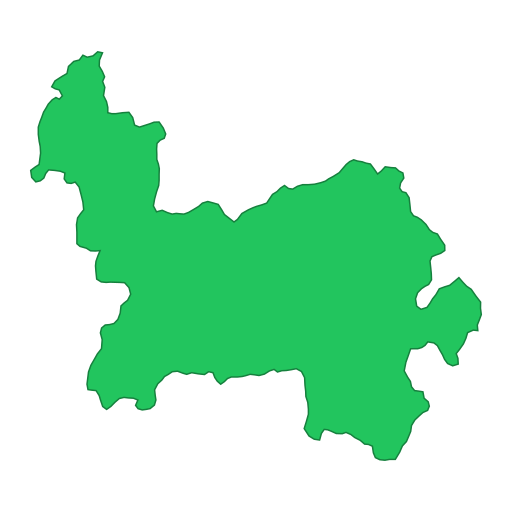 the district of Itanhomi, Minas Gerais, Brazil
{"feature_id": "56859067B79875314448705", "entity_name": "Itanhomi", "entity_type": "district", "adm_level": 2, "iso_a3": "BRA", "parent_name": "Brazil", "parent_adm1": "Minas Gerais", "projection": "equal_earth", "projection_center": [-41.828, -19.148], "detail": "fine", "context": "isolated", "style": "filled", "palette": "green", "viewbox_px": 512, "rotation_deg": 0, "n_neighbors": 0, "source": "geoboundaries", "source_scale": "gbopen_adm2", "svg_char_len": 4446}
<svg xmlns="http://www.w3.org/2000/svg" viewBox="0 0 512 512"><path d="M102.5,52.8L97.7,51.8L93.0,55.9L87.2,57.2L82.9,55.2L79.3,60.0L73.8,61.4L68.5,66.4L67.0,73.5L63.0,75.8L59.8,77.8L55.0,80.9L51.7,86.8L55.2,88.8L59.2,89.9L62.4,95.9L59.3,99.2L55.9,97.5L52.2,99.8L48.3,104.1L46.0,108.2L43.6,112.1L41.7,117.4L40.0,121.7L38.3,127.1L38.3,134.4L39.2,141.4L40.2,146.4L40.6,153.1L39.8,159.2L39.1,164.5L35.1,167.1L30.7,170.4L31.7,177.4L35.8,181.9L40.3,180.8L43.8,178.1L45.7,173.5L48.6,169.9L54.6,170.4L60.3,171.2L64.9,173.0L64.2,178.9L67.0,182.9L71.2,183.4L75.2,182.1L79.1,187.0L81.2,195.0L82.9,202.0L83.7,209.8L80.7,213.5L77.6,217.9L76.5,224.6L76.9,232.1L76.9,243.7L80.0,246.4L86.4,248.2L90.5,250.8L95.5,251.0L100.1,250.6L97.9,255.9L96.0,261.3L95.5,265.9L95.9,271.2L96.7,279.1L101.2,281.9L106.2,282.4L110.2,282.1L119.8,282.4L124.6,282.7L129.0,287.6L130.7,294.2L127.6,300.3L124.0,303.1L121.0,305.9L120.2,313.2L117.9,319.4L114.0,323.5L109.6,324.6L105.2,325.0L101.6,328.0L100.4,332.9L102.2,339.6L101.5,348.7L97.4,353.9L94.7,358.7L90.9,365.3L88.5,372.0L87.8,377.8L87.0,384.2L88.0,389.6L91.5,390.1L96.1,390.6L99.2,395.6L100.5,400.0L102.7,406.5L106.6,409.4L110.9,406.4L114.9,402.3L119.3,398.5L124.0,397.4L128.2,397.9L133.4,398.2L137.9,400.0L135.6,405.4L138.1,408.7L142.2,409.9L146.1,409.4L150.1,408.6L154.4,405.1L155.9,400.0L155.2,395.4L154.6,389.8L157.8,383.7L161.8,380.1L164.5,376.5L168.1,374.5L172.3,371.7L177.5,371.2L183.2,373.3L186.7,374.3L191.7,372.7L198.1,373.8L204.5,374.5L208.7,371.7L213.0,372.7L214.8,377.5L217.3,381.2L220.7,384.2L224.4,381.6L227.5,378.5L231.3,377.0L237.2,377.0L242.1,376.5L245.5,375.7L250.1,374.3L254.6,374.8L259.0,375.5L264.4,374.1L269.5,370.9L274.1,369.4L277.5,372.0L281.8,370.7L286.1,370.5L291.2,369.7L296.3,368.7L301.5,371.5L304.6,377.6L305.0,385.2L305.7,391.3L305.9,396.5L307.8,402.4L308.4,409.2L308.4,414.3L306.3,421.8L304.2,428.6L306.5,432.1L309.0,436.0L314.2,439.2L319.6,440.0L321.4,433.4L324.2,429.4L327.7,429.8L331.0,431.1L336.3,433.5L342.2,433.7L346.0,432.4L350.9,434.5L354.7,437.5L360.2,440.3L364.6,444.1L368.4,444.4L372.4,446.2L373.4,452.9L375.4,457.6L379.8,459.7L384.9,460.2L389.5,459.4L395.3,459.4L399.7,452.1L402.4,445.9L406.4,441.6L408.8,436.0L410.7,431.4L411.5,425.5L414.9,419.9L418.9,416.1L422.9,412.5L427.6,410.4L429.3,406.2L428.2,401.8L424.1,398.2L422.9,391.8L418.5,391.1L414.6,390.6L411.5,386.8L410.4,381.4L407.7,377.3L404.2,370.9L405.9,362.2L408.5,354.9L410.6,348.8L414.2,348.7L417.8,348.7L421.8,347.5L425.0,345.4L427.8,341.9L433.9,342.9L437.4,345.6L440.1,350.6L442.5,354.7L444.6,359.4L447.6,363.5L452.7,365.8L458.2,364.1L457.9,358.3L456.2,353.6L459.6,349.3L463.4,343.9L465.9,338.3L467.6,332.6L473.3,330.1L477.8,330.6L477.3,325.0L479.4,319.7L481.3,314.6L480.5,308.3L480.6,302.1L476.0,296.2L471.2,289.3L466.6,286.2L462.8,282.2L458.9,277.6L454.8,281.1L449.7,285.3L444.8,286.8L439.3,288.8L435.9,294.7L432.6,298.8L430.2,302.9L427.0,307.4L421.0,309.3L416.7,306.2L415.5,298.8L417.6,292.7L421.6,288.6L425.2,286.2L428.6,284.5L431.5,279.8L431.3,273.8L430.7,267.6L430.0,261.0L431.9,256.7L435.6,255.1L440.7,253.3L444.8,250.5L444.7,245.2L440.5,239.1L437.4,234.0L432.8,232.4L429.4,229.7L426.0,224.5L421.3,219.9L417.4,217.3L413.5,215.8L410.6,211.6L409.9,204.7L409.1,197.7L405.9,192.7L402.1,191.7L399.6,188.1L400.6,182.9L403.8,178.1L402.9,173.0L398.9,171.0L395.5,167.9L391.0,167.6L385.2,166.8L381.3,171.0L377.6,174.0L373.9,168.7L370.4,164.0L365.9,163.1L362.2,161.8L357.4,161.0L353.7,159.8L349.7,161.6L346.2,164.5L343.1,168.1L339.2,172.7L333.3,176.4L328.6,178.9L325.5,181.1L320.8,182.7L314.6,184.2L308.1,184.7L302.6,184.7L297.4,186.3L292.7,189.1L288.5,188.5L284.5,185.5L280.5,188.1L276.9,191.7L272.5,194.4L269.6,198.7L266.7,203.1L261.7,204.9L256.5,206.4L253.1,207.7L248.4,209.8L241.9,213.5L237.5,219.4L234.0,222.0L229.4,218.4L224.4,214.5L221.6,209.7L218.2,204.4L213.0,202.9L207.8,201.5L202.4,203.1L198.7,206.4L193.9,209.3L188.6,212.4L184.0,214.1L180.0,213.8L176.2,213.4L172.2,214.1L167.4,212.6L162.2,210.3L156.5,211.8L153.4,205.9L154.6,199.0L156.6,191.6L158.7,185.5L159.1,180.3L159.1,174.3L159.3,168.7L158.4,164.1L156.8,159.5L156.8,154.4L156.6,149.0L157.0,143.4L160.2,140.1L164.2,138.3L165.7,134.0L163.3,128.1L159.1,122.0L154.0,122.2L149.8,123.8L145.1,125.3L139.5,127.1L134.6,125.1L132.7,117.6L128.9,112.3L122.8,112.7L115.6,113.7L111.8,113.7L107.8,112.7L107.8,107.4L106.5,101.6L103.5,95.6L104.8,87.3L102.6,81.4L104.6,76.8L102.3,71.4L99.2,66.1L99.5,60.0L102.5,52.8Z" fill="#22c55e" stroke="#15803d" stroke-width="1.5"/></svg>